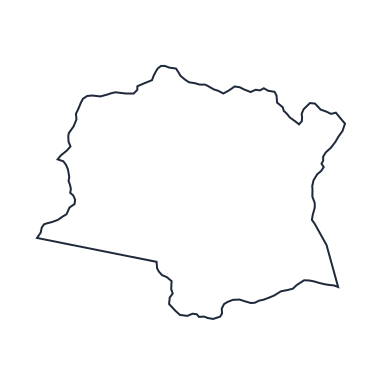 the district of Cachoeira de Goiás, Goiás, Brazil, rotated 265°
{"feature_id": "56859067B5572489257411", "entity_name": "Cachoeira de Goiás", "entity_type": "district", "adm_level": 2, "iso_a3": "BRA", "parent_name": "Brazil", "parent_adm1": "Goiás", "projection": "robinson", "projection_center": [-50.689, -16.714], "detail": "fine", "context": "isolated", "style": "outline", "palette": "slate", "viewbox_px": 384, "rotation_deg": 265, "n_neighbors": 0, "source": "geoboundaries", "source_scale": "gbopen_adm2", "svg_char_len": 2059}
<svg xmlns="http://www.w3.org/2000/svg" viewBox="0 0 384 384"><g transform="rotate(265 192 192)"><path d="M236.2,61.0L233.8,66.5L230.0,68.9L225.2,70.4L217.6,71.0L213.7,70.0L209.7,71.1L205.6,71.6L201.8,70.6L198.9,73.4L194.5,74.9L190.3,74.0L187.2,68.6L180.8,65.1L178.7,60.8L175.9,55.9L174.2,49.7L173.6,45.6L172.8,41.9L169.8,39.3L164.7,37.7L159.7,33.6L125.5,150.6L119.0,150.6L115.7,152.0L111.8,154.9L109.4,159.5L105.0,163.9L97.1,162.8L92.5,163.9L88.8,160.6L82.4,159.4L75.0,165.2L70.6,169.3L69.0,176.5L70.7,181.9L69.8,186.1L67.0,188.0L66.8,193.3L65.1,196.7L63.7,202.0L65.4,209.2L68.3,211.3L73.3,211.5L77.5,214.1L79.3,217.6L81.0,223.3L80.7,230.0L78.7,234.7L76.3,240.9L76.2,244.9L77.9,249.3L78.5,254.0L79.8,258.7L81.7,264.8L85.3,271.9L86.0,278.5L86.9,284.1L90.0,287.9L94.3,296.0L93.6,301.3L92.1,306.4L90.7,309.8L88.8,315.3L87.6,319.8L86.5,325.4L84.6,329.3L127.4,321.4L149.6,311.5L153.8,309.0L159.0,310.4L165.6,312.9L170.4,313.3L176.9,311.5L183.6,312.2L187.5,312.3L193.1,314.1L198.9,318.4L201.6,322.4L205.3,325.4L208.9,323.5L211.8,325.4L215.7,325.7L219.8,328.7L224.0,334.3L229.8,339.5L234.4,342.7L239.6,347.2L246.8,350.4L251.8,346.8L258.5,342.2L257.7,337.3L260.5,332.6L262.9,327.3L265.9,325.0L269.4,322.2L270.3,317.2L264.7,310.4L260.2,308.0L256.8,308.2L253.0,307.6L250.1,304.5L253.5,300.9L257.7,296.0L262.1,293.0L264.8,290.5L268.6,289.7L273.6,284.6L280.7,284.6L284.6,283.0L286.2,276.7L289.1,272.6L287.3,268.6L288.3,264.3L286.5,259.1L289.6,252.8L292.2,248.7L293.4,243.6L291.5,240.4L289.8,237.3L287.4,231.8L290.5,227.0L292.3,222.7L296.0,217.4L297.8,214.5L298.4,208.7L300.1,204.6L301.6,198.5L304.7,194.7L308.7,190.7L313.1,188.6L316.4,186.8L317.8,180.5L320.0,175.8L320.3,172.1L318.1,168.7L315.5,166.7L311.3,164.0L306.9,161.9L304.2,153.1L302.1,146.8L298.5,146.4L295.2,142.5L295.8,135.0L297.0,129.2L298.0,124.4L297.4,119.9L296.4,116.0L295.2,109.0L296.8,101.0L296.8,96.0L294.4,91.5L290.5,89.0L284.7,86.0L280.0,83.2L274.3,83.2L267.6,79.7L261.4,74.4L258.3,73.6L253.0,73.4L247.9,74.9L244.1,70.8L239.7,64.3L236.2,61.0Z" fill="none" stroke="#1e293b" stroke-width="2"/></g></svg>